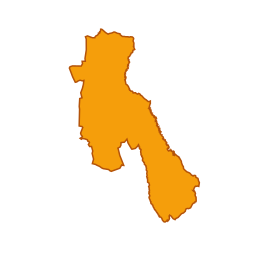 Akatsi South, Volta, Ghana (Robinson projection), rotated 160°
{"feature_id": "2480657B79730913179219", "entity_name": "Akatsi South", "entity_type": "district", "adm_level": 2, "iso_a3": "GHA", "parent_name": "Ghana", "parent_adm1": "Volta", "projection": "robinson", "projection_center": [0.754, 6.154], "detail": "fine", "context": "isolated", "style": "filled", "palette": "amber", "viewbox_px": 256, "rotation_deg": 160, "n_neighbors": 0, "source": "geoboundaries", "source_scale": "gbopen_adm2", "svg_char_len": 5777}
<svg xmlns="http://www.w3.org/2000/svg" viewBox="0 0 256 256"><g transform="rotate(160 128 128)"><path d="M173.7,106.7L171.0,104.9L169.9,103.6L167.8,101.6L166.4,99.5L165.2,98.3L160.4,95.6L159.6,94.0L158.5,93.0L149.4,93.0L146.6,95.4L146.3,95.0L144.8,94.3L145.1,105.2L144.4,111.1L144.4,112.5L142.1,112.8L140.6,114.2L139.5,116.7L136.2,115.9L132.8,117.9L133.1,113.9L131.8,107.0L131.4,106.7L128.1,106.3L125.2,107.6L123.9,108.7L123.8,107.9L124.0,107.6L124.0,106.2L123.7,106.0L124.2,105.1L123.9,104.0L123.4,103.9L123.2,103.2L124.2,101.5L124.6,99.3L125.0,98.4L124.5,97.1L124.9,96.4L124.5,95.7L124.5,94.7L124.7,94.4L124.6,94.0L125.4,93.0L125.5,92.2L124.9,91.2L125.0,90.5L124.5,89.9L125.0,88.4L124.5,87.5L124.3,86.2L124.0,86.0L124.4,84.9L124.4,83.8L124.8,83.3L125.2,82.0L124.9,81.3L125.0,80.3L125.9,78.9L126.3,76.7L127.0,76.1L127.1,74.5L126.8,74.4L127.2,73.7L127.2,72.9L128.1,70.4L127.2,69.3L127.3,67.1L127.7,66.4L128.3,66.3L128.7,65.8L128.5,64.3L129.1,63.5L129.0,62.7L129.3,62.0L129.3,61.5L130.1,60.9L130.0,59.9L130.7,59.7L130.7,56.9L131.3,56.0L131.9,55.9L132.1,54.1L131.9,53.4L132.0,51.3L131.7,50.8L132.1,50.2L132.2,49.1L131.7,48.8L131.5,47.5L131.1,47.1L131.3,45.3L130.9,43.9L131.0,43.3L130.8,41.9L130.4,41.7L129.9,39.1L129.5,38.5L129.6,37.9L129.2,37.0L129.3,36.1L128.7,35.2L129.0,34.5L128.6,34.3L128.8,33.6L127.8,33.1L127.5,32.6L127.1,31.4L127.2,30.0L126.5,27.8L125.4,27.0L123.4,27.4L122.7,28.0L122.5,26.9L120.9,27.8L120.0,28.7L119.4,31.3L118.7,31.9L117.6,30.5L116.6,27.3L115.1,25.8L113.9,26.6L111.5,26.8L107.0,29.2L104.9,29.2L102.6,30.2L101.8,31.5L100.9,32.2L99.4,32.0L98.7,31.5L96.5,31.6L93.5,34.4L92.2,35.0L90.9,34.9L90.3,35.7L89.4,35.5L88.9,36.1L87.7,39.8L88.0,40.9L87.9,42.0L87.7,42.6L87.1,43.1L87.0,44.1L87.3,45.4L87.8,45.8L88.3,47.0L87.4,46.6L87.6,47.1L86.8,48.5L85.2,49.9L84.4,50.2L83.4,49.7L82.5,49.7L81.5,48.9L79.6,52.3L79.8,54.2L79.5,56.7L81.1,58.5L80.8,59.9L81.2,60.5L82.3,60.9L83.2,60.6L83.6,61.0L83.8,61.5L84.4,61.9L85.1,64.0L85.9,65.1L87.7,66.7L89.2,69.5L89.7,70.9L89.2,72.7L89.6,74.5L89.6,77.5L89.4,77.8L89.3,78.7L89.9,82.4L90.2,82.7L90.0,83.2L90.4,83.6L90.5,84.0L91.1,84.5L92.9,87.8L93.2,87.8L93.6,87.4L93.2,87.1L93.4,86.8L93.5,87.2L94.1,87.4L93.9,87.8L94.5,87.4L94.6,87.0L94.8,87.1L94.5,87.8L94.6,88.5L94.2,88.7L94.1,89.2L93.4,88.5L93.5,88.8L92.8,89.4L92.8,90.1L93.1,90.7L93.7,90.9L93.7,91.3L94.0,90.6L94.3,90.9L94.6,90.8L95.1,92.6L95.5,91.9L96.1,92.9L96.7,92.5L97.8,92.6L98.3,94.2L98.3,94.9L97.6,95.5L97.2,95.3L97.2,95.0L96.7,95.0L96.4,95.8L96.0,95.9L96.0,96.9L96.4,97.7L96.1,98.1L96.3,98.3L96.5,98.2L96.7,98.6L97.3,98.4L97.6,99.6L97.5,100.2L97.0,100.3L97.0,100.9L96.6,101.2L97.4,102.7L97.1,103.8L97.7,103.7L98.2,105.7L98.8,105.3L99.0,106.0L98.1,106.1L98.1,107.7L98.7,108.5L98.8,109.6L98.6,109.9L99.1,110.0L99.7,111.6L99.3,112.5L99.0,112.4L98.3,113.2L98.6,113.5L99.6,113.1L99.9,113.5L99.6,113.8L99.7,114.2L99.1,114.6L99.7,115.0L99.8,115.6L99.5,116.1L99.2,115.5L98.8,115.5L98.3,116.8L98.6,117.0L99.0,116.9L99.4,117.3L98.8,118.5L99.7,118.2L99.1,118.8L99.7,119.0L99.7,119.3L99.9,119.4L99.9,119.8L99.5,119.5L99.4,119.7L99.5,120.3L99.9,120.7L99.3,121.0L99.5,121.8L98.9,121.6L99.2,123.1L98.9,124.0L99.3,124.2L99.3,124.7L99.7,124.8L98.8,125.5L99.5,126.0L98.5,127.1L98.3,128.0L98.0,127.8L98.0,128.6L98.2,128.8L98.8,128.5L99.0,128.9L99.5,128.6L99.7,128.9L99.3,129.7L99.6,129.8L99.3,130.1L99.6,130.3L99.4,130.7L100.1,131.1L100.1,131.8L100.3,131.4L100.8,131.8L100.6,132.1L100.8,132.6L100.4,132.6L100.6,133.1L101.0,133.0L101.3,133.6L101.0,134.1L100.6,134.1L101.4,134.9L101.3,135.3L100.9,135.3L100.7,135.6L101.3,135.9L101.2,136.4L100.6,136.4L100.7,136.8L100.4,137.0L101.1,137.6L100.4,137.9L101.0,137.9L101.3,138.4L100.9,138.5L101.2,138.8L100.6,139.3L101.5,139.6L101.2,139.8L100.7,139.7L100.7,140.0L101.0,140.1L99.3,142.8L98.7,143.2L97.8,145.7L99.1,145.6L100.1,146.1L101.3,148.3L102.6,150.0L104.2,153.9L105.1,154.5L105.0,155.4L105.4,156.1L106.2,156.9L107.3,156.5L108.4,157.6L108.9,158.6L111.2,159.2L111.1,160.5L111.5,161.2L112.6,161.5L112.9,162.7L113.5,162.9L113.6,164.1L113.2,164.5L113.5,165.8L113.4,166.8L114.1,168.9L114.8,169.6L114.9,170.4L114.5,172.5L114.5,174.2L114.2,174.2L114.2,174.7L113.6,174.8L113.0,175.6L113.2,175.9L113.0,176.5L113.5,176.5L113.6,177.0L113.4,177.3L112.6,177.0L112.9,179.1L112.5,179.8L111.9,179.7L111.8,180.0L112.1,180.4L111.8,181.1L110.7,181.7L110.2,182.8L109.8,182.5L109.4,182.6L109.6,183.2L109.2,183.3L108.9,183.8L107.7,183.8L107.2,184.4L107.5,185.7L107.0,186.3L106.9,186.9L106.6,187.3L106.2,186.7L105.9,187.6L104.4,189.2L104.0,189.4L104.5,191.2L103.9,191.5L103.8,192.0L104.2,192.3L104.3,193.0L103.4,194.6L102.1,194.7L101.2,195.7L100.6,195.9L99.4,197.3L98.3,197.3L97.4,197.9L97.5,198.4L96.9,199.3L94.8,199.5L95.0,202.6L94.5,202.7L94.3,203.3L94.4,204.0L93.7,204.8L93.4,206.2L93.5,208.1L92.1,210.0L92.1,210.8L92.7,212.0L94.4,212.9L95.9,213.0L96.7,213.7L99.1,214.6L100.4,215.4L101.5,215.7L102.0,216.0L103.4,218.3L103.3,219.3L105.7,220.7L107.2,222.3L108.3,223.0L110.7,222.8L113.3,223.2L114.6,223.0L116.4,225.3L118.6,229.4L119.6,230.2L119.9,230.2L120.2,229.3L121.4,227.8L121.8,228.0L122.3,226.9L123.3,227.3L123.6,226.5L124.9,225.7L126.7,225.5L128.3,224.5L128.4,224.2L130.6,225.0L131.6,225.9L131.9,225.9L132.0,226.2L134.6,228.4L136.8,228.3L136.8,225.9L140.5,215.6L144.6,208.1L145.3,205.3L148.3,206.4L148.8,203.9L150.8,202.2L158.9,205.3L161.5,205.4L162.6,204.4L162.5,194.9L161.9,189.0L160.4,188.8L158.6,189.3L156.7,189.3L154.8,187.9L153.2,187.8L155.1,184.1L157.4,180.7L160.4,177.2L160.9,172.1L163.3,172.2L166.5,164.8L167.1,162.2L173.2,146.6L170.7,145.1L170.3,144.0L174.3,139.4L174.4,137.7L173.8,135.7L174.6,135.0L176.5,134.7L175.7,133.4L174.3,133.7L172.1,132.4L170.2,130.8L170.2,129.2L169.4,128.6L169.2,127.5L170.9,126.0L170.4,123.7L168.6,123.1L169.0,118.4L170.4,116.4L171.0,110.5L173.7,106.7Z" fill="#f59e0b" stroke="#b45309" stroke-width="1.5"/></g></svg>